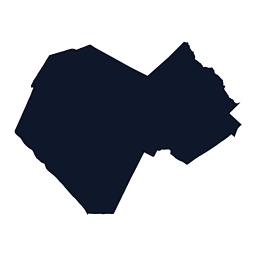 outline of Slobozia Moara, Dâmbovita, Romania
{"feature_id": "2599482B79511896653276", "entity_name": "Slobozia Moara", "entity_type": "district", "adm_level": 2, "iso_a3": "ROU", "parent_name": "Romania", "parent_adm1": "Dâmbovita", "projection": "albers", "projection_center": [25.731, 44.595], "detail": "fine", "context": "isolated", "style": "filled", "palette": "ink", "viewbox_px": 256, "rotation_deg": 0, "n_neighbors": 0, "source": "geoboundaries", "source_scale": "gbopen_adm2", "svg_char_len": 4901}
<svg xmlns="http://www.w3.org/2000/svg" viewBox="0 0 256 256"><path d="M87.6,213.3L87.7,213.1L88.4,212.9L89.6,212.9L92.1,213.1L96.0,213.2L100.7,213.0L102.2,213.4L103.3,213.4L104.7,213.2L106.5,213.1L107.3,213.0L109.0,213.1L112.6,213.2L113.2,213.2L113.4,212.8L113.5,212.5L115.8,207.9L115.9,207.6L116.5,206.2L116.9,205.5L118.9,201.4L120.6,198.0L120.8,197.5L120.9,197.4L121.1,196.9L121.7,195.6L122.9,193.2L124.4,190.2L124.6,189.7L125.3,188.2L126.7,185.3L126.8,185.0L127.0,184.8L128.1,182.4L128.7,181.3L129.1,180.3L130.4,177.7L131.1,176.4L131.9,174.8L132.7,173.3L133.2,172.4L133.3,172.1L133.5,171.8L133.5,171.7L134.5,169.8L135.2,168.3L136.3,166.3L137.4,164.1L138.0,162.9L138.1,162.7L139.0,161.0L139.7,159.5L140.2,158.5L140.5,157.9L140.6,157.7L141.5,155.9L142.1,154.7L142.5,154.0L142.7,153.8L142.8,153.5L142.9,153.2L143.7,151.2L153.1,156.1L153.5,155.7L153.9,155.4L156.4,150.4L156.5,150.1L156.6,149.8L156.7,149.6L156.8,149.4L157.0,149.2L157.4,149.3L157.7,149.5L158.3,149.9L159.1,150.1L159.5,150.1L160.0,149.8L160.7,149.3L161.1,149.0L161.6,148.8L162.0,148.6L162.4,148.6L162.9,148.8L163.3,148.9L163.9,149.0L167.0,148.7L168.0,148.6L168.6,148.6L169.2,148.7L169.6,148.9L170.2,149.2L170.8,149.6L171.0,149.8L171.3,150.4L171.3,151.3L171.2,152.1L171.1,152.7L171.0,153.3L171.1,153.6L171.9,154.2L173.2,155.1L174.5,156.2L174.9,156.6L175.8,157.5L176.2,157.8L176.7,158.1L178.3,159.1L179.3,159.6L180.1,160.1L180.8,160.4L181.8,160.7L182.8,161.1L183.6,161.6L184.3,162.1L184.9,162.5L186.5,163.7L186.9,164.0L187.9,163.3L188.7,162.8L191.8,160.5L194.0,158.9L194.8,158.3L196.5,157.2L198.8,155.7L201.2,154.3L205.2,151.9L208.6,149.7L211.3,147.9L211.8,147.6L213.0,146.7L215.4,145.2L220.2,141.7L223.5,139.5L225.8,137.8L227.8,136.3L228.5,135.7L229.4,134.9L230.5,133.9L231.4,133.3L234.1,135.7L234.2,135.8L234.9,133.9L237.0,128.4L237.2,128.0L239.6,125.5L240.6,124.6L239.9,124.1L239.7,123.9L228.3,113.3L238.0,103.8L236.9,104.1L236.0,104.1L235.5,104.1L235.2,103.6L234.3,102.9L233.8,102.5L233.5,102.3L233.4,101.8L233.2,101.0L232.6,100.3L232.1,99.9L231.5,99.9L231.1,99.9L230.9,99.5L230.7,99.2L230.3,98.9L229.2,98.3L228.5,97.9L228.2,97.4L228.0,96.9L227.9,95.9L227.5,95.5L227.0,94.8L226.0,93.2L224.6,91.3L224.0,90.5L223.4,88.9L223.3,88.5L223.4,88.2L224.2,87.0L224.4,86.6L224.2,86.3L223.9,86.1L223.4,86.1L223.1,86.1L222.8,85.9L222.6,85.5L222.4,85.4L222.4,85.0L222.4,84.5L222.6,83.8L222.7,83.6L222.7,83.2L222.2,82.4L222.1,82.0L222.1,81.6L222.3,81.1L222.3,80.7L222.1,80.5L221.7,80.1L220.7,79.2L219.5,77.8L217.6,75.8L217.0,75.5L215.8,74.8L214.6,74.1L214.1,73.4L213.7,72.4L213.7,71.6L213.7,70.7L212.8,69.8L212.4,69.0L212.0,68.4L211.5,68.2L210.6,68.4L209.4,68.6L208.9,68.6L207.4,68.2L205.1,67.5L204.0,68.0L203.8,68.1L203.2,67.8L202.6,67.4L202.3,67.0L201.9,66.2L201.7,65.4L201.4,65.2L200.9,65.0L200.6,64.9L200.4,64.7L200.4,64.3L200.3,64.0L200.2,63.8L199.8,63.8L199.2,63.8L198.8,63.6L198.6,63.3L198.8,62.9L198.6,62.7L197.4,61.7L196.3,60.9L194.7,60.2L194.5,59.9L194.5,59.3L194.3,58.8L194.0,58.4L193.9,58.0L194.4,57.4L194.5,57.1L194.2,56.4L194.1,55.7L193.8,55.0L193.4,54.5L193.0,54.3L192.8,54.0L192.8,53.7L193.1,53.3L193.1,52.8L192.9,52.4L192.7,52.1L192.3,52.1L191.7,52.1L191.4,51.8L191.2,51.3L190.8,50.5L190.5,50.2L190.2,49.5L190.1,49.3L189.6,49.1L189.2,48.9L189.0,48.6L188.9,48.2L189.0,47.8L189.2,47.1L189.0,46.3L188.7,45.8L188.4,45.4L188.1,45.1L187.6,44.9L187.4,44.7L187.3,44.3L187.6,43.6L187.6,43.3L187.5,43.1L187.3,43.1L186.7,43.2L186.2,43.3L185.6,43.1L184.6,42.7L184.2,42.6L169.0,57.8L147.7,76.7L138.6,72.2L131.1,68.4L108.0,55.6L96.1,49.1L94.9,48.4L92.2,46.7L90.5,45.5L89.9,45.4L88.1,46.0L83.1,48.0L81.0,48.7L78.9,49.6L77.4,50.2L76.3,50.6L76.0,50.7L75.7,50.8L75.4,50.7L75.1,50.1L74.9,49.8L73.3,49.5L72.3,49.4L71.8,49.4L71.4,49.5L70.6,49.8L70.0,49.9L68.6,50.2L66.2,51.0L63.9,51.8L62.7,52.1L60.2,52.8L58.5,53.4L57.8,53.5L56.8,53.8L56.5,53.9L56.2,54.0L55.8,54.1L55.4,54.2L55.1,54.3L54.9,54.4L54.5,54.5L54.2,54.6L53.1,54.9L50.8,55.6L49.7,55.9L49.6,56.2L48.6,57.8L48.1,58.6L47.4,59.7L46.5,61.1L45.7,62.6L44.5,64.6L42.7,67.4L41.3,69.6L39.8,71.9L39.7,72.1L39.1,73.0L38.2,74.1L38.1,74.6L37.8,75.4L37.4,76.0L36.5,77.3L35.6,78.6L35.2,79.3L35.0,79.6L34.2,80.6L33.8,81.3L33.7,81.7L33.1,83.1L33.0,83.5L32.4,84.3L32.2,84.7L32.0,85.1L31.8,85.9L31.7,86.7L34.1,86.7L34.5,86.7L34.4,87.0L34.2,87.6L34.1,88.3L33.6,89.4L33.6,89.6L33.4,89.7L32.1,93.0L31.2,95.5L30.2,97.7L29.4,99.5L28.4,101.6L27.5,103.9L25.4,108.6L22.8,114.4L21.7,117.0L19.0,123.0L18.2,124.8L17.3,126.8L16.8,128.0L15.7,130.3L15.4,131.1L15.8,132.9L17.3,134.5L19.0,135.9L21.0,137.5L22.5,139.8L24.6,143.1L27.0,145.5L30.0,148.0L31.8,148.9L33.2,150.2L34.3,152.4L35.3,154.8L36.2,156.3L37.1,157.7L39.8,160.0L41.8,161.9L43.5,162.5L44.9,163.2L45.4,164.1L45.8,165.5L46.8,168.2L48.3,169.9L50.8,172.1L54.5,175.0L56.9,177.3L60.7,181.7L63.6,184.5L64.5,185.8L72.6,195.1L74.0,196.5L75.0,197.3L76.9,199.3L78.2,200.9L80.7,203.8L81.6,204.6L85.3,209.1L87.6,213.3Z" fill="#0f172a" stroke="#020617" stroke-width="1.5"/></svg>